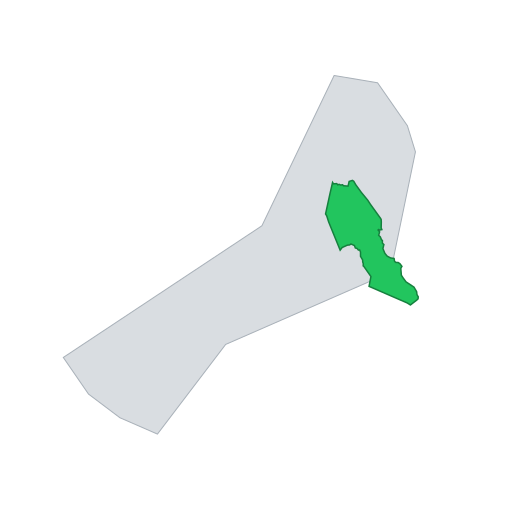 Santa Rita, Guam (highlighted), rotated 192°
{"feature_id": "77769853B26973637010941", "entity_name": "Santa Rita", "entity_type": "district", "adm_level": 2, "iso_a3": "GUM", "parent_name": "Guam", "parent_adm1": "", "projection": "albers", "projection_center": [144.67, 13.403], "detail": "fine", "context": "in_parent", "style": "filled", "palette": "green", "viewbox_px": 512, "rotation_deg": 192, "n_neighbors": 0, "source": "geoboundaries", "source_scale": "gbopen_adm2", "svg_char_len": 1430}
<svg xmlns="http://www.w3.org/2000/svg" viewBox="0 0 512 512"><g transform="rotate(192 256 256)"><path d="M217.1,448.8L173.1,450.7L135.0,414.9L121.7,391.0L121.0,268.0L267.3,163.2L315.4,61.3L355.5,69.5L391.1,86.1L423.4,116.7L256.5,286.8L217.1,448.8Z" fill="#d9dde1" stroke="#a8b0b8" stroke-width="1"/><path d="M177.4,350.0L180.4,348.3L180.5,343.5L185.1,342.9L186.1,343.7L188.0,343.0L189.6,343.4L190.8,342.6L192.1,343.6L195.2,342.7L196.4,343.9L196.6,332.7L196.7,311.6L195.2,310.0L192.0,304.4L174.9,279.2L173.5,282.2L168.9,285.6L166.7,286.3L165.6,287.5L161.9,286.7L160.5,284.5L158.7,284.4L157.1,283.1L155.9,283.5L154.6,281.6L153.7,277.4L150.9,274.3L150.5,272.8L150.1,271.8L149.5,270.9L149.2,269.2L149.1,268.6L148.6,268.4L148.2,268.1L139.3,259.8L139.1,249.8L98.3,241.5L94.8,240.2L94.7,240.3L89.6,246.3L88.7,247.5L88.6,248.0L88.7,248.7L88.8,249.8L89.2,250.2L90.6,251.8L91.4,254.4L95.0,258.4L103.9,261.9L107.7,265.3L109.8,267.4L111.8,274.0L111.3,275.6L111.1,276.2L113.6,278.4L115.6,279.2L118.0,278.8L119.4,279.7L120.4,282.3L124.0,282.1L127.2,283.0L127.6,283.1L130.5,285.4L133.5,289.8L133.5,290.1L133.4,290.4L133.3,293.8L135.0,294.8L135.6,297.5L136.5,297.8L138.4,300.6L140.3,301.7L140.1,305.3L141.4,306.4L142.0,306.8L141.6,307.4L140.4,307.1L138.4,308.0L139.4,309.5L140.5,315.4L141.2,317.8L142.0,318.7L155.0,330.5L158.3,333.8L166.2,340.1L173.3,346.5L175.9,349.4L177.4,350.0Z" fill="#22c55e" stroke="#15803d" stroke-width="1.5"/></g></svg>